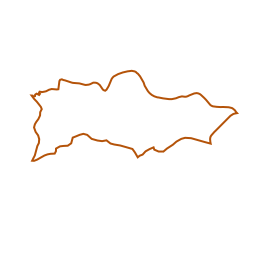 Paekam, Ryanggang, North Korea (Robinson projection), rotated 285°
{"feature_id": "82179303B39212929407944", "entity_name": "Paekam", "entity_type": "district", "adm_level": 2, "iso_a3": "PRK", "parent_name": "North Korea", "parent_adm1": "Ryanggang", "projection": "robinson", "projection_center": [128.836, 41.511], "detail": "fine", "context": "isolated", "style": "outline", "palette": "amber", "viewbox_px": 256, "rotation_deg": 285, "n_neighbors": 0, "source": "geoboundaries", "source_scale": "gbopen_adm2", "svg_char_len": 2126}
<svg xmlns="http://www.w3.org/2000/svg" viewBox="0 0 256 256"><g transform="rotate(285 128 128)"><path d="M171.4,208.2L171.3,207.4L170.9,204.4L171.1,202.8L171.6,201.5L175.4,196.1L176.9,193.6L178.9,189.8L179.4,188.5L179.6,186.9L179.5,185.3L178.5,183.0L175.4,178.8L174.2,177.5L173.3,176.1L172.9,174.8L172.5,171.9L171.1,169.3L169.1,166.6L167.2,162.8L166.5,160.1L165.7,154.2L165.4,149.6L165.2,148.4L165.4,145.2L166.1,142.4L167.2,140.0L168.1,138.6L169.1,137.3L173.1,133.2L176.0,131.3L181.0,126.3L183.0,123.5L183.4,122.3L184.1,121.2L184.4,119.8L184.2,116.8L183.0,113.9L182.7,113.1L180.3,108.6L177.5,104.5L174.0,100.8L172.5,100.0L171.1,99.5L163.7,98.5L162.1,98.1L159.4,97.3L158.1,96.3L158.2,95.0L158.6,93.8L162.2,89.6L163.3,87.0L163.4,85.5L163.2,84.1L162.8,82.7L160.6,80.2L159.7,78.8L158.6,76.0L158.5,74.8L158.5,69.5L157.3,63.0L157.3,61.6L157.7,54.7L157.6,53.1L157.9,51.5L157.0,50.0L155.6,49.6L147.4,50.7L146.8,49.3L145.9,44.2L144.5,41.8L142.3,39.4L141.6,38.1L140.5,35.8L140.2,33.2L138.7,32.9L138.2,34.1L136.9,33.6L137.5,30.8L136.2,29.7L134.7,29.9L133.9,28.6L134.6,27.5L134.4,26.5L131.8,29.8L129.8,33.1L127.8,35.8L125.8,38.4L123.9,39.8L120.6,39.1L117.3,39.8L113.4,39.1L110.1,37.8L107.5,37.1L104.2,37.1L100.3,39.8L97.6,43.1L94.3,45.1L90.4,45.8L87.1,45.1L84.5,45.1L81.2,45.1L77.3,45.1L74.7,44.5L71.6,43.9L72.0,45.8L74.0,48.5L76.6,51.1L79.8,54.4L81.7,57.1L83.0,59.8L84.3,63.8L86.9,64.4L89.5,63.8L92.7,67.1L94.0,70.4L95.3,74.4L98.5,77.1L101.1,77.1L104.4,77.1L106.3,79.7L108.9,83.1L110.8,86.4L110.8,90.4L108.1,95.7L108.0,101.7L108.6,106.4L110.5,110.4L108.5,115.1L108.5,119.0L109.1,125.0L109.0,131.7L108.9,137.7L106.2,141.0L102.2,145.0L103.2,145.7L104.2,146.4L106.1,149.0L110.0,151.0L113.3,154.4L115.9,157.7L113.9,159.0L113.2,163.7L114.4,168.3L118.3,171.0L123.5,175.7L127.4,178.3L131.3,182.3L133.3,185.7L134.5,191.6L134.4,198.3L134.3,206.3L134.3,211.9L135.7,211.2L138.4,210.2L139.7,210.0L141.1,210.0L142.4,210.4L146.5,212.4L147.8,213.2L166.3,223.8L168.7,226.0L169.5,227.2L170.6,229.5L171.5,228.1L172.7,226.8L173.8,224.5L174.2,223.2L174.1,219.9L172.9,214.4L172.1,211.7L171.4,208.2Z" fill="none" stroke="#b45309" stroke-width="2"/></g></svg>